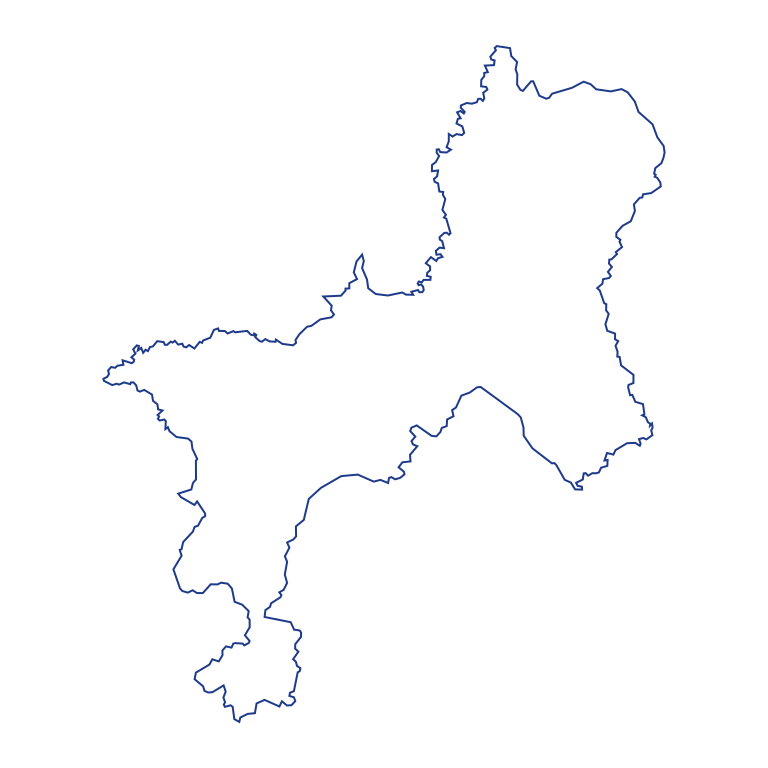 the district of Catalão, Goiás, Brazil
{"feature_id": "56859067B92835735196425", "entity_name": "Catalão", "entity_type": "district", "adm_level": 2, "iso_a3": "BRA", "parent_name": "Brazil", "parent_adm1": "Goiás", "projection": "albers", "projection_center": [-47.718, -17.979], "detail": "fine", "context": "isolated", "style": "outline", "palette": "blue", "viewbox_px": 768, "rotation_deg": 0, "n_neighbors": 0, "source": "geoboundaries", "source_scale": "gbopen_adm2", "svg_char_len": 6087}
<svg xmlns="http://www.w3.org/2000/svg" viewBox="0 0 768 768"><path d="M239.3,721.9L240.3,717.5L247.7,713.9L254.9,713.2L256.6,703.4L264.6,699.9L279.4,706.5L281.9,701.3L287.0,705.5L291.5,705.2L295.3,701.1L293.9,697.3L289.4,695.9L290.0,692.7L293.9,691.2L297.7,672.3L299.7,671.2L300.4,668.2L297.0,665.9L295.8,661.6L293.1,659.2L298.4,651.7L295.1,648.6L295.3,644.1L301.0,636.9L301.1,632.5L299.7,630.5L294.1,629.6L290.7,622.2L264.6,617.0L265.4,610.1L270.0,606.9L271.1,603.3L280.4,597.3L281.4,595.1L279.3,592.3L283.6,589.9L287.1,582.9L284.8,574.6L287.1,561.8L284.9,556.3L289.4,547.7L287.1,542.5L293.3,539.5L296.1,536.4L295.9,526.4L303.8,519.9L308.8,498.9L321.0,487.8L341.3,476.1L357.8,474.6L373.7,481.6L380.5,479.9L388.1,483.0L389.0,478.0L391.3,477.1L395.2,479.3L400.3,477.8L404.5,474.3L403.9,471.7L398.6,467.3L402.4,462.3L410.5,461.4L410.0,454.8L417.3,446.2L413.0,444.4L411.5,441.1L415.3,436.6L410.2,431.1L411.4,427.7L416.7,425.4L431.5,435.8L436.3,436.4L440.4,432.0L441.8,427.9L446.7,426.1L447.1,419.5L453.5,416.2L452.1,410.1L456.0,407.5L461.4,395.6L469.7,392.6L477.0,387.3L480.7,387.0L517.8,414.2L520.8,417.5L523.5,427.6L523.7,435.7L532.5,448.4L552.0,463.4L554.2,463.0L556.3,465.0L564.7,479.8L570.9,482.6L575.1,489.4L582.1,489.6L581.9,486.7L577.6,485.8L576.1,482.8L582.8,479.5L583.7,473.4L585.6,473.1L588.1,475.7L592.3,473.2L596.1,473.3L598.9,472.4L601.1,467.7L607.3,465.9L607.6,460.0L604.5,460.5L607.0,453.0L613.4,454.6L615.5,450.1L627.1,443.2L635.4,442.9L639.8,445.8L640.6,443.7L639.0,439.1L643.2,438.0L646.4,439.4L652.4,435.1L651.2,430.3L652.6,427.8L652.0,423.5L650.0,425.7L650.2,423.7L647.9,422.2L645.8,417.2L642.2,415.3L644.4,414.4L643.0,404.1L635.3,401.8L632.3,394.9L630.1,395.2L628.1,387.2L628.5,385.0L633.4,383.0L633.5,374.9L621.1,365.4L619.6,356.9L617.3,356.6L617.6,351.7L615.5,345.8L618.2,341.2L615.0,339.2L615.1,333.6L607.3,330.8L605.4,324.3L608.7,313.9L606.1,310.3L606.3,304.2L604.2,303.2L599.8,290.5L597.2,288.1L602.4,283.7L603.1,279.2L609.1,278.0L610.8,275.9L607.9,271.9L611.9,266.9L609.0,263.6L609.3,259.6L611.4,259.4L617.0,254.1L615.8,252.1L622.0,247.1L619.5,241.7L620.4,239.8L616.3,236.9L616.4,232.7L622.6,225.8L630.8,221.2L634.9,211.0L633.9,204.4L639.6,197.9L642.3,197.4L643.1,194.3L651.2,193.1L660.8,186.4L660.3,182.4L657.2,177.8L654.7,176.7L655.7,174.8L654.1,173.6L655.3,168.1L661.4,163.2L663.4,158.0L664.6,152.5L663.6,145.9L657.4,137.4L652.5,124.3L638.5,111.9L634.8,101.5L627.7,92.3L621.6,89.1L610.8,91.4L596.2,89.3L590.6,84.2L583.6,81.7L572.0,87.8L552.1,93.7L549.1,97.8L546.2,98.7L539.3,95.7L533.2,81.3L531.1,81.3L522.9,90.9L520.4,89.8L517.1,84.6L517.3,74.3L515.6,69.3L517.1,62.0L511.3,56.1L510.0,48.1L496.7,46.1L494.7,48.0L495.9,50.2L490.3,56.7L491.3,59.5L494.6,60.4L494.0,65.1L484.9,65.6L487.8,72.1L484.2,73.0L484.3,76.0L481.3,79.9L481.1,86.3L486.3,87.0L487.4,89.6L483.2,92.8L484.3,98.5L482.8,100.9L480.5,98.7L478.2,98.9L476.9,102.2L471.9,103.7L466.7,103.0L460.9,105.5L460.8,107.8L464.7,111.9L463.8,113.5L460.4,111.0L457.1,112.3L460.6,118.3L457.9,118.8L456.5,123.5L462.3,126.4L464.2,132.8L462.0,135.1L456.5,134.1L452.6,136.5L448.8,134.0L448.8,141.3L446.6,147.2L450.9,149.7L446.5,152.5L440.2,152.1L438.9,149.3L436.7,149.5L436.7,152.7L439.1,156.0L435.8,162.1L432.0,165.0L431.9,171.2L438.1,170.5L437.1,176.3L433.9,179.1L434.7,181.8L438.1,183.4L439.3,191.5L443.2,192.0L442.9,194.9L445.3,199.0L442.4,209.9L445.9,214.8L443.9,217.5L446.3,218.7L450.5,233.2L449.0,234.7L446.7,232.7L444.2,233.0L439.5,237.3L439.9,239.7L442.2,241.1L444.0,248.2L439.6,247.6L435.8,250.9L436.5,254.7L440.5,254.2L442.5,256.9L438.0,258.2L436.3,261.0L430.9,257.1L425.8,263.2L430.1,266.5L430.1,270.3L427.3,272.7L426.9,275.9L430.7,276.8L430.4,279.9L423.6,279.9L421.8,282.3L418.8,281.5L417.7,283.6L418.7,285.2L421.1,284.4L423.1,286.6L423.7,290.2L422.2,292.2L419.3,292.2L418.0,290.0L411.4,291.8L413.2,294.8L405.9,294.6L402.3,292.5L387.9,295.5L375.7,294.0L368.2,288.2L367.0,279.5L362.1,268.1L363.8,261.1L362.1,254.6L356.5,261.5L353.8,272.4L357.0,279.1L349.3,283.2L349.3,288.4L345.5,288.6L345.6,290.5L341.0,295.7L323.3,296.5L331.7,305.7L331.0,310.4L334.0,314.5L331.5,317.3L320.3,319.4L311.3,325.9L307.1,326.7L299.5,334.1L295.5,340.0L296.0,342.9L293.1,345.3L282.4,343.9L275.9,339.6L275.5,341.8L269.7,341.4L265.3,339.1L261.9,341.7L259.7,341.1L255.3,337.2L256.3,334.9L254.2,333.5L253.8,335.4L250.8,334.7L247.2,330.9L235.0,332.3L233.4,331.1L227.6,333.5L224.8,331.0L218.9,330.9L218.1,328.4L213.9,329.9L210.3,337.7L203.1,340.5L202.1,342.8L199.7,341.9L194.4,348.5L189.1,345.0L186.2,347.3L183.6,346.6L182.3,343.7L178.2,344.6L174.9,340.8L172.6,342.6L170.8,341.6L167.0,344.9L164.8,344.7L163.7,342.1L157.2,341.2L152.9,346.4L149.9,347.1L147.9,351.1L145.6,349.7L143.2,352.8L141.2,347.9L137.8,350.5L138.9,346.0L136.8,345.4L133.2,349.3L135.4,353.7L131.4,357.3L134.2,359.7L133.7,361.8L131.8,363.2L122.6,360.3L123.4,364.8L117.5,365.7L115.1,367.8L111.2,367.0L108.1,370.5L109.0,374.0L107.3,376.8L103.4,378.8L103.9,380.8L112.2,385.1L116.7,383.7L119.0,384.6L124.1,382.4L130.2,384.2L131.0,382.4L133.5,382.4L136.2,385.4L137.5,390.5L139.9,391.6L144.2,389.9L152.0,394.6L153.0,400.8L157.4,404.3L158.1,409.4L162.5,410.5L157.6,415.0L159.1,416.4L157.9,418.8L159.7,420.5L164.4,419.5L165.8,421.2L165.4,429.1L167.9,427.2L169.5,431.2L176.5,437.0L188.1,438.6L191.5,441.6L192.4,448.7L197.2,459.0L195.9,460.7L196.0,479.5L193.0,482.9L191.3,489.5L178.2,493.6L180.9,497.1L194.5,505.0L197.1,501.4L205.1,513.5L205.2,516.1L202.2,518.0L198.0,525.7L194.6,526.9L192.9,531.6L183.2,542.0L181.5,549.3L179.7,549.9L181.6,555.7L173.4,569.3L180.0,588.4L182.3,591.0L187.7,592.6L192.7,590.3L196.9,593.0L202.8,593.1L210.7,584.3L217.5,584.4L221.2,582.7L227.7,583.7L231.9,588.5L234.6,601.8L242.2,604.7L248.7,611.1L247.6,617.4L249.6,619.6L249.7,627.2L244.9,635.3L249.6,641.0L248.8,642.9L244.3,645.4L242.7,643.6L235.1,643.1L233.3,643.6L231.5,647.6L226.0,646.4L222.4,650.5L222.5,655.2L218.8,661.4L212.3,659.3L209.4,664.6L195.9,672.6L194.6,679.2L203.1,686.3L204.5,690.9L208.2,692.5L212.4,692.2L223.6,685.4L225.7,691.7L223.4,697.5L225.1,702.3L223.8,704.6L224.9,706.8L230.6,705.3L232.7,706.9L234.3,719.1L239.3,721.9Z" fill="none" stroke="#1e3a8a" stroke-width="2"/></svg>